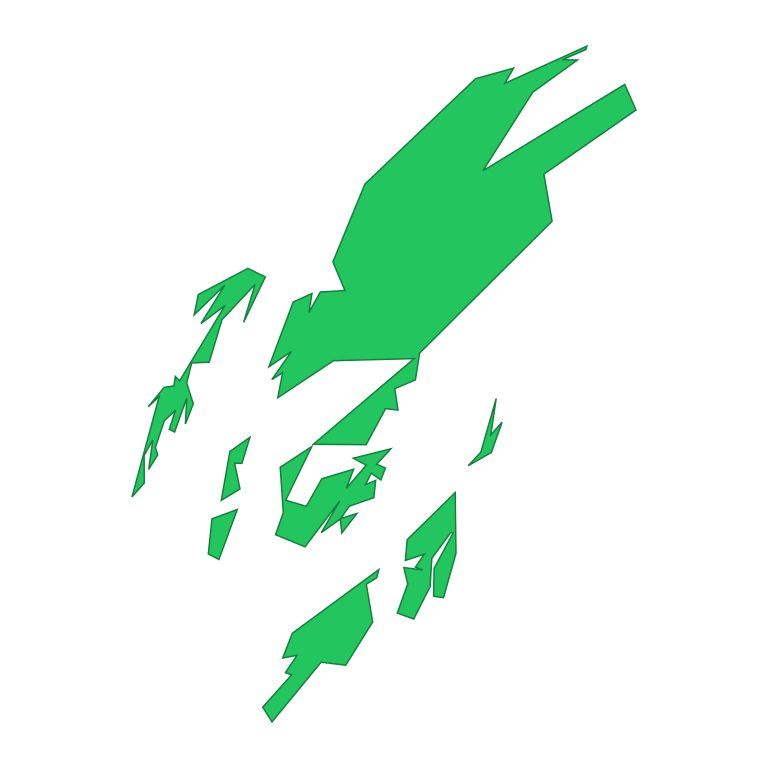 the district of Alstahaug nor, Nordland, Norway
{"feature_id": "86288312B9312616634750", "entity_name": "Alstahaug nor", "entity_type": "district", "adm_level": 2, "iso_a3": "NOR", "parent_name": "Norway", "parent_adm1": "Nordland", "projection": "albers", "projection_center": [12.459, 65.887], "detail": "medium", "context": "isolated", "style": "filled", "palette": "green", "viewbox_px": 768, "rotation_deg": 0, "n_neighbors": 0, "source": "geoboundaries", "source_scale": "gbopen_adm2", "svg_char_len": 1917}
<svg xmlns="http://www.w3.org/2000/svg" viewBox="0 0 768 768"><path d="M624.7,84.4L482.9,170.8L532.8,92.2L577.4,60.0L562.5,59.7L585.8,49.6L586.9,46.1L504.8,83.4L513.6,68.1L475.6,78.7L364.9,184.1L332.9,261.9L344.9,290.5L320.3,292.0L308.8,312.6L312.0,293.5L293.2,302.0L268.9,366.8L291.6,351.3L271.8,379.6L282.6,372.7L277.8,397.7L333.5,360.7L414.1,358.6L313.3,444.3L366.1,444.7L385.6,408.6L398.0,410.1L394.8,388.6L415.4,379.9L419.6,353.1L552.1,221.2L543.9,174.1L636.0,110.0L624.7,84.4ZM378.8,569.6L292.4,633.2L282.7,658.0L297.0,655.3L285.4,672.7L291.7,674.8L262.7,707.2L272.0,721.9L321.1,662.2L345.7,665.2L372.7,622.0L366.3,584.2L376.7,577.8L378.8,569.6ZM311.7,446.6L280.2,467.3L283.3,512.5L275.6,534.7L305.0,546.8L339.7,501.0L321.3,532.6L340.3,519.0L341.8,533.0L356.9,513.5L340.7,518.6L349.3,506.2L373.8,497.7L375.7,480.4L365.6,484.6L371.2,473.2L380.9,480.0L385.4,468.0L376.7,464.2L390.9,448.8L353.3,458.2L366.3,465.2L346.4,488.3L353.6,469.2L321.9,478.7L306.3,506.4L285.7,500.2L311.7,446.6ZM247.9,268.4L198.3,294.5L194.2,314.8L224.9,285.1L200.9,323.6L225.0,305.5L179.6,380.9L175.3,376.5L173.9,385.9L164.1,387.4L148.2,406.8L159.2,396.4L132.0,496.9L144.3,482.9L144.1,455.5L152.8,439.9L148.7,469.3L157.7,454.9L155.4,447.4L164.3,420.8L175.5,410.3L169.3,429.3L174.6,432.0L186.7,398.2L185.4,424.0L193.3,403.8L186.7,383.0L191.7,363.0L209.2,362.2L222.0,319.7L255.1,284.4L243.6,322.3L265.3,277.0L247.9,268.4ZM455.2,492.6L407.2,539.7L405.4,560.4L424.3,554.2L415.4,567.1L423.0,570.0L403.9,567.6L407.7,584.0L397.3,613.1L413.7,619.0L430.1,586.7L431.8,558.3L450.8,532.5L453.1,533.0L434.1,568.4L433.6,596.2L443.5,597.7L456.0,553.3L455.2,492.6ZM249.9,437.3L229.9,451.5L221.3,500.3L240.0,489.0L234.6,463.1L241.9,463.4L249.9,437.3ZM237.3,509.5L212.0,518.8L208.3,554.0L218.9,559.5L237.3,509.5ZM496.2,398.5L480.8,452.3L468.2,465.7L491.3,452.5L502.1,422.2L490.8,434.8L496.2,398.5Z" fill="#22c55e" stroke="#15803d" stroke-width="1.5"/></svg>